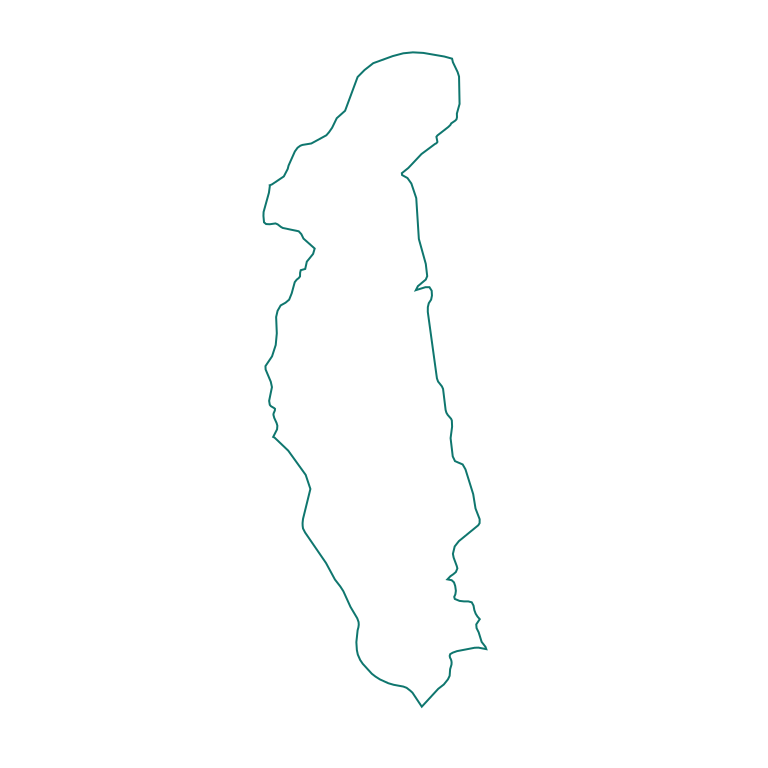 outline of Gorontalo, rotated 262°
{"feature_id": "IDN-1837", "entity_name": "Gorontalo", "entity_type": "Province", "adm_level": 1, "iso_a3": "IDN", "parent_name": "Indonesia", "parent_adm1": "", "projection": "natural_earth1", "projection_center": [122.28, 0.663], "detail": "fine", "context": "isolated", "style": "outline", "palette": "teal", "viewbox_px": 768, "rotation_deg": 262, "n_neighbors": 0, "source": "natural_earth", "source_scale": "10m", "svg_char_len": 2729}
<svg xmlns="http://www.w3.org/2000/svg" viewBox="0 0 768 768"><g transform="rotate(262 384 384)"><path d="M347.0,266.9L354.0,271.8L357.5,272.6L360.3,272.2L365.7,270.6L368.9,270.2L370.3,270.6L372.9,272.2L374.6,272.6L375.4,271.9L377.8,268.9L379.3,268.0L383.3,267.9L396.5,272.6L402.0,272.2L414.8,268.8L418.2,269.1L427.0,277.0L437.7,282.2L449.1,284.9L465.3,286.5L471.3,288.8L476.2,292.6L478.2,297.8L480.7,301.8L486.6,305.2L497.3,309.8L499.5,312.1L500.7,314.2L502.2,315.8L505.8,316.4L508.3,317.4L508.9,322.0L515.9,324.6L522.7,331.9L527.8,334.2L539.2,324.5L543.9,323.0L547.1,320.8L552.6,305.5L553.9,303.8L556.9,300.9L558.1,298.9L558.1,293.1L558.8,289.5L560.8,287.7L567.2,288.0L571.1,288.7L589.5,296.7L596.3,298.6L596.7,298.5L597.2,300.7L603.5,313.7L610.4,318.6L613.6,319.9L626.7,328.1L630.0,331.3L631.6,334.3L632.1,336.5L632.3,345.5L638.3,361.5L641.0,364.6L645.0,368.3L653.8,374.2L660.0,383.5L691.7,400.6L697.7,408.5L703.2,418.0L707.5,438.3L708.8,449.1L708.4,458.8L706.4,469.0L699.9,489.3L696.7,496.7L693.1,497.0L682.7,500.3L678.0,501.1L650.8,497.8L641.6,493.8L638.0,493.4L636.0,492.6L634.9,491.2L632.7,486.8L631.3,485.8L629.6,483.5L622.7,471.5L621.5,470.3L616.3,470.6L615.1,469.4L614.6,467.9L606.5,453.1L594.5,438.1L590.3,431.0L588.4,431.0L584.7,435.9L578.7,439.0L563.6,441.8L522.8,438.7L497.1,442.1L484.8,441.8L481.6,439.9L476.2,431.2L472.5,428.6L474.1,438.5L473.5,442.5L469.7,444.2L464.9,443.8L461.0,442.4L457.8,439.6L454.0,438.1L449.3,437.4L382.2,437.2L378.9,437.9L373.6,441.0L370.9,441.8L349.7,441.4L346.9,441.8L344.5,442.8L340.2,445.6L338.4,446.1L332.3,445.5L321.1,442.4L302.7,442.0L297.7,443.6L293.4,450.7L288.1,452.8L262.5,457.0L248.0,457.3L236.8,459.9L232.9,459.3L231.0,457.7L218.0,436.3L213.3,431.4L206.2,428.6L202.4,428.8L193.7,430.7L191.2,431.0L187.8,429.0L186.0,426.2L184.4,423.0L181.7,419.6L180.3,423.7L177.8,425.7L174.1,426.4L169.2,426.4L165.8,425.4L163.4,423.9L161.3,424.2L158.7,428.6L157.6,432.9L157.0,437.2L155.6,440.5L152.1,441.8L147.5,442.0L143.8,442.8L140.7,444.2L137.8,446.1L133.1,441.9L129.4,441.7L124.9,443.2L115.0,444.8L109.6,447.9L107.2,448.4L109.8,440.8L110.2,437.1L109.3,419.1L108.4,414.7L107.3,412.0L105.9,411.3L104.7,411.2L103.5,411.4L102.2,411.9L100.5,412.2L98.9,412.2L96.8,411.8L92.4,409.8L85.9,408.4L82.6,406.2L78.1,401.4L74.6,395.3L59.2,376.5L74.4,369.2L76.7,367.3L80.0,364.1L81.7,361.0L84.8,351.7L87.1,346.6L92.0,338.9L95.5,334.8L98.8,331.6L109.9,324.0L114.0,322.0L119.7,320.4L124.3,320.1L132.2,320.7L143.8,323.6L146.6,324.8L149.1,325.5L151.8,325.7L155.7,324.9L167.9,319.8L184.5,314.9L189.5,312.6L197.2,308.2L214.7,301.7L247.9,285.2L252.2,283.7L254.8,283.7L257.6,284.0L261.6,285.0L290.3,296.5L304.9,293.8L331.3,279.9L346.1,268.2L347.0,266.9Z" fill="none" stroke="#0f766e" stroke-width="2"/></g></svg>